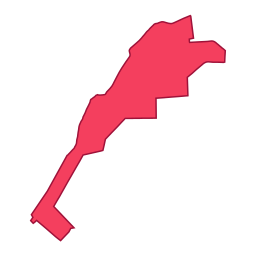 the district of Kupravas pag., Vilakas, Latvia
{"feature_id": "27541924B19263065695150", "entity_name": "Kupravas pag.", "entity_type": "district", "adm_level": 2, "iso_a3": "LVA", "parent_name": "Latvia", "parent_adm1": "Vilakas", "projection": "mercator", "projection_center": [27.487, 57.225], "detail": "fine", "context": "isolated", "style": "filled", "palette": "rose", "viewbox_px": 256, "rotation_deg": 0, "n_neighbors": 0, "source": "geoboundaries", "source_scale": "gbopen_adm2", "svg_char_len": 3185}
<svg xmlns="http://www.w3.org/2000/svg" viewBox="0 0 256 256"><path d="M67.1,155.4L66.7,156.1L64.9,159.4L56.6,174.4L47.4,191.1L32.8,212.6L31.4,214.7L32.5,216.6L32.9,217.4L30.7,220.6L31.0,221.0L33.2,223.3L34.6,222.3L36.3,220.7L36.5,220.5L36.6,220.4L46.2,228.5L55.6,236.7L58.1,238.7L60.6,240.6L64.7,236.3L68.8,232.0L69.0,231.7L69.2,231.3L70.7,228.4L74.0,227.8L64.1,217.4L53.7,206.5L56.6,201.4L59.6,196.4L63.7,189.1L67.8,181.8L71.9,174.7L76.0,167.5L79.6,161.3L83.1,155.0L83.3,155.0L83.5,154.9L91.1,153.2L98.6,151.5L100.8,151.0L102.9,150.4L104.2,144.8L105.4,139.2L111.4,132.9L117.5,126.6L121.3,122.5L125.2,118.4L130.6,118.4L136.1,118.3L139.5,118.3L142.9,118.2L149.5,118.2L156.2,118.1L156.1,108.2L156.0,98.2L163.2,97.7L170.4,97.1L178.5,96.5L186.6,95.8L187.2,95.8L187.9,95.7L187.6,86.5L187.3,77.3L190.0,75.1L192.2,73.3L194.3,71.4L195.7,70.1L197.1,68.9L200.3,66.2L203.5,63.5L204.1,63.1L204.6,62.8L205.4,62.4L206.2,62.1L206.4,62.0L206.6,62.0L207.3,61.9L208.1,61.8L210.7,62.0L213.2,62.2L215.6,62.2L217.9,62.2L220.8,62.3L223.7,62.4L224.2,62.2L224.7,62.1L224.9,57.1L225.2,52.1L225.2,51.5L225.3,50.9L225.3,50.7L225.0,50.4L224.7,50.1L223.8,49.3L222.8,48.5L222.2,48.1L221.7,47.6L220.5,46.6L219.3,45.6L218.5,44.9L217.8,44.3L216.9,43.6L216.1,42.9L215.8,42.6L215.5,42.4L215.2,42.2L214.9,42.0L214.6,41.8L214.4,41.7L214.0,41.5L213.7,41.4L213.4,41.3L213.1,41.2L212.9,41.1L211.4,41.0L207.9,41.4L206.5,41.5L197.0,42.0L189.6,42.4L189.4,41.5L189.3,39.1L193.5,38.2L190.7,15.8L190.7,15.5L190.8,15.4L183.5,18.4L175.5,22.1L173.0,23.2L171.9,23.5L170.9,23.6L170.1,23.5L168.6,23.3L166.7,22.8L164.0,22.0L163.4,21.9L162.7,21.8L162.3,21.8L161.8,21.8L161.0,22.0L160.3,22.2L158.7,22.8L157.6,23.3L156.4,23.5L155.2,23.7L154.8,24.0L154.3,24.2L153.8,24.6L153.4,25.1L151.2,27.2L150.5,27.9L149.9,28.5L149.3,29.2L148.8,29.9L148.1,30.5L147.4,31.1L147.0,31.5L146.9,31.6L146.6,31.9L145.9,32.8L145.1,33.8L144.8,34.2L144.5,34.6L144.1,35.0L143.8,35.4L142.7,36.6L141.7,37.9L140.5,39.2L139.3,40.5L136.4,43.1L133.4,45.7L132.0,46.9L130.5,48.2L130.1,48.9L129.6,49.5L129.5,49.9L129.3,50.4L129.3,50.7L129.3,51.0L129.4,51.5L129.5,52.0L130.0,53.9L130.1,54.8L130.0,55.4L129.9,56.0L129.5,56.8L126.0,61.7L121.9,67.9L119.3,72.2L116.9,76.7L114.3,81.7L113.0,84.3L111.6,86.6L111.3,86.9L111.0,87.2L110.6,87.7L110.2,88.3L107.9,90.7L106.6,92.1L106.3,92.7L106.0,93.2L105.7,93.8L105.4,94.2L105.2,94.4L104.7,94.6L102.7,94.9L101.3,95.0L100.1,95.1L99.5,95.1L98.7,95.0L97.9,94.9L97.7,94.8L97.5,94.7L97.3,94.8L97.0,95.0L96.8,95.1L96.6,95.1L96.4,95.2L96.2,95.2L96.0,95.4L94.8,96.6L94.2,97.1L93.6,97.4L93.3,97.6L92.8,98.1L91.6,99.0L90.8,99.5L90.7,99.7L90.6,100.0L90.4,100.5L90.1,101.9L89.7,103.0L89.2,104.0L88.8,104.9L86.7,109.0L86.5,109.4L86.3,109.9L85.1,113.0L84.0,115.2L83.4,116.4L83.1,116.9L82.9,117.8L82.6,118.8L82.5,119.2L81.0,121.5L80.8,122.0L80.3,123.1L79.7,124.4L79.4,125.3L79.2,126.1L79.0,126.8L78.8,128.3L78.6,129.9L78.1,132.7L77.6,136.8L77.3,138.0L77.0,139.1L76.8,140.1L76.6,142.0L76.5,143.2L76.3,143.8L76.1,144.4L75.6,145.5L75.3,146.0L74.9,146.6L74.7,147.1L74.5,147.5L74.3,147.9L74.1,148.3L73.9,148.6L73.0,149.4L71.7,150.8L70.8,151.8L69.6,153.1L68.6,154.1L67.9,154.9L67.4,155.3L67.1,155.4Z" fill="#f43f5e" stroke="#9f1239" stroke-width="1.5"/></svg>